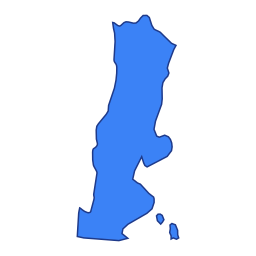 outline of La Unión
{"feature_id": "SLV-1350", "entity_name": "La Unión", "entity_type": "Department", "adm_level": 1, "iso_a3": "SLV", "parent_name": "El Salvador", "parent_adm1": "", "projection": "natural_earth1", "projection_center": [-87.879, 13.537], "detail": "fine", "context": "isolated", "style": "filled", "palette": "blue", "viewbox_px": 256, "rotation_deg": 0, "n_neighbors": 0, "source": "natural_earth", "source_scale": "10m", "svg_char_len": 1786}
<svg xmlns="http://www.w3.org/2000/svg" viewBox="0 0 256 256"><path d="M146.9,15.4L149.3,17.5L151.8,25.3L153.9,28.9L155.2,29.8L158.7,31.4L160.3,32.3L164.3,36.3L171.5,43.3L176.0,45.4L173.7,49.7L168.6,63.2L167.3,68.1L168.9,73.0L167.7,76.2L165.1,78.9L162.9,82.6L162.0,87.8L162.2,98.9L161.6,104.3L155.5,121.1L154.0,129.3L156.7,136.1L159.3,137.2L164.7,135.2L168.4,136.8L170.4,139.4L171.7,143.0L172.1,146.9L171.5,150.7L167.2,156.4L147.1,166.9L146.9,166.8L144.9,165.5L143.7,163.0L141.7,156.7L134.6,170.8L132.7,179.2L137.4,182.9L140.4,184.2L148.8,193.4L153.6,197.1L154.1,198.9L154.1,202.5L152.0,208.8L146.9,213.3L128.0,224.2L122.9,228.9L122.0,233.6L127.8,238.3L118.9,240.6L83.8,237.9L77.3,236.5L77.3,236.4L78.7,213.1L79.1,210.8L79.7,207.9L80.3,208.2L82.4,209.9L84.6,211.4L87.2,212.5L88.1,212.7L88.9,212.7L90.1,212.3L90.7,211.6L94.0,199.2L94.2,197.4L93.8,195.6L93.7,194.4L97.0,173.0L96.9,172.3L96.7,171.6L96.4,170.9L94.0,166.5L93.7,165.8L93.4,165.0L92.7,159.8L92.6,152.2L92.8,150.3L93.2,149.1L93.7,148.6L94.8,147.9L95.4,147.4L96.2,146.7L97.1,145.4L97.4,144.3L97.4,143.4L96.4,139.1L96.2,130.1L96.8,126.3L98.4,123.8L106.3,114.2L108.2,111.0L108.6,105.4L114.4,88.2L116.0,80.2L116.7,73.3L116.8,67.6L116.6,65.8L116.4,65.1L116.1,64.3L115.7,63.7L114.6,62.0L114.3,61.4L114.1,60.6L114.0,59.6L115.1,41.5L114.6,33.1L113.5,28.3L112.7,22.5L114.1,22.8L117.9,25.6L119.6,26.1L120.8,25.5L124.0,22.6L126.0,21.8L128.6,22.0L133.5,23.2L136.0,23.0L138.5,21.0L140.6,18.0L143.1,15.5L146.9,15.4ZM170.3,228.8L170.0,225.0L171.9,223.5L175.4,224.8L177.6,230.3L177.7,234.9L178.7,237.9L176.5,239.2L173.2,237.9L171.1,239.0L171.1,235.8L169.7,232.6L170.3,228.8ZM160.2,214.1L162.2,215.4L163.9,219.7L162.4,222.2L160.7,224.1L157.4,220.7L156.5,215.9L158.0,214.2L160.2,214.1Z" fill="#3b82f6" stroke="#1e3a8a" stroke-width="1.5"/></svg>